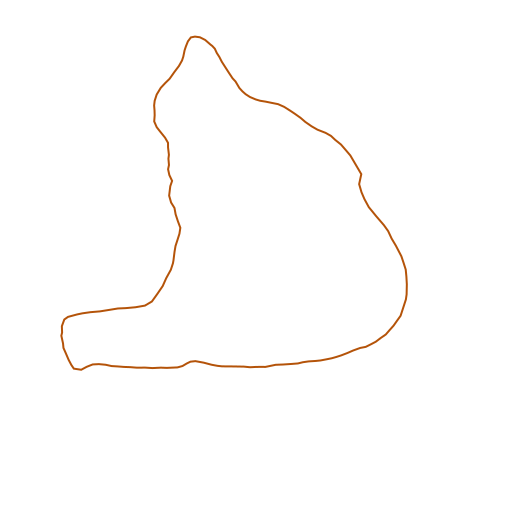 Addoo, Maldives, rotated 294°
{"feature_id": "70690204B51409682910063", "entity_name": "Addoo", "entity_type": "district", "adm_level": 2, "iso_a3": "MDV", "parent_name": "Maldives", "parent_adm1": "", "projection": "robinson", "projection_center": [73.16, -0.641], "detail": "fine", "context": "isolated", "style": "outline", "palette": "amber", "viewbox_px": 512, "rotation_deg": 294, "n_neighbors": 0, "source": "geoboundaries", "source_scale": "gbopen_adm2", "svg_char_len": 2252}
<svg xmlns="http://www.w3.org/2000/svg" viewBox="0 0 512 512"><g transform="rotate(294 256 256)"><path d="M260.2,412.4L270.8,411.3L277.3,410.6L282.2,409.2L291.5,405.3L298.3,401.8L304.5,398.3L310.0,393.4L314.9,388.9L322.3,379.6L327.1,372.8L332.5,366.6L336.2,360.3L341.2,349.7L346.5,339.2L352.1,331.9L357.2,326.4L363.6,321.0L373.6,318.9L386.2,301.3L389.0,295.5L392.4,288.3L394.3,281.1L396.2,275.7L396.8,269.4L396.4,260.8L397.1,254.0L398.5,246.6L400.3,240.6L401.7,233.7L402.5,229.1L403.7,221.0L403.7,214.4L402.3,208.2L400.9,201.9L399.5,196.6L398.9,192.0L398.8,185.8L399.6,180.7L400.9,176.6L402.7,172.5L407.1,166.3L408.8,162.3L412.1,157.1L415.5,151.9L419.5,145.8L422.9,141.6L425.6,137.5L428.6,134.1L430.1,130.6L430.6,128.5L432.7,121.7L433.0,115.8L431.6,111.0L429.2,107.6L424.4,106.5L419.0,106.7L414.9,107.1L408.5,108.5L404.5,108.9L398.2,108.3L390.9,106.6L382.8,105.0L377.0,102.7L370.9,100.6L363.1,99.6L356.6,100.3L352.1,101.7L347.7,104.1L343.3,106.2L337.5,108.3L333.3,112.9L330.8,117.6L327.1,124.8L323.6,129.6L319.4,131.5L313.0,135.3L309.3,136.4L303.7,139.5L299.5,140.4L294.7,143.9L290.5,148.8L284.9,149.3L275.8,152.1L270.3,156.7L266.7,162.0L261.4,165.6L256.1,170.4L251.0,175.4L245.2,177.0L239.0,177.7L232.4,178.4L226.6,179.9L218.4,182.4L215.5,183.1L208.8,183.8L199.2,183.0L190.6,183.0L181.3,181.3L172.1,179.4L165.5,174.7L160.2,166.8L155.4,158.2L151.9,151.2L147.3,144.2L141.9,135.9L137.4,127.7L133.0,120.7L129.9,116.4L127.4,113.3L123.9,109.0L120.0,106.7L112.9,107.2L107.2,110.0L104.0,110.6L97.6,115.3L93.7,117.5L90.0,121.6L84.9,127.1L81.3,131.7L79.0,135.4L81.0,142.6L85.9,146.4L90.5,150.9L93.3,156.4L95.5,162.9L96.7,168.8L98.8,174.4L101.0,180.6L103.3,186.3L105.6,192.8L108.9,200.0L111.5,207.0L115.3,214.5L117.5,220.0L122.3,229.6L125.6,233.6L129.7,236.5L132.8,239.1L135.3,243.4L137.3,251.7L138.6,259.7L140.0,265.5L141.4,269.9L146.1,280.7L150.0,289.9L152.0,295.9L154.5,300.8L156.6,305.3L158.5,309.7L160.5,312.5L164.6,318.2L167.9,324.9L171.8,332.3L174.9,338.0L178.0,342.0L181.1,346.9L184.5,353.4L186.8,357.4L190.7,363.0L193.4,366.8L196.4,370.4L199.8,374.2L204.6,379.0L209.2,383.2L214.4,388.6L217.6,393.2L222.1,396.9L226.4,400.3L231.7,403.2L237.1,406.5L242.4,408.1L248.3,410.0L253.9,411.1L260.2,412.4Z" fill="none" stroke="#b45309" stroke-width="2"/></g></svg>